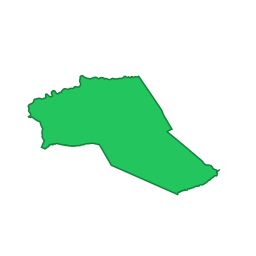 Guija, Gaza, Mozambique (Equal Earth projection), rotated 113°
{"feature_id": "85939544B1211152631593", "entity_name": "Guija", "entity_type": "district", "adm_level": 2, "iso_a3": "MOZ", "parent_name": "Mozambique", "parent_adm1": "Gaza", "projection": "equal_earth", "projection_center": [33.226, -24.142], "detail": "fine", "context": "isolated", "style": "filled", "palette": "green", "viewbox_px": 256, "rotation_deg": 113, "n_neighbors": 0, "source": "geoboundaries", "source_scale": "gbopen_adm2", "svg_char_len": 5732}
<svg xmlns="http://www.w3.org/2000/svg" viewBox="0 0 256 256"><g transform="rotate(113 128 128)"><path d="M169.8,56.4L169.2,56.3L168.8,56.6L168.5,56.5L168.0,56.5L167.7,56.7L167.3,56.5L167.4,56.2L167.3,55.9L167.1,55.6L166.8,55.2L166.3,55.3L165.4,54.5L165.3,54.0L165.0,53.8L164.7,53.8L164.5,53.5L164.2,53.5L164.0,52.9L163.9,52.8L163.9,52.3L163.7,52.3L163.5,52.1L163.4,52.0L163.3,51.6L163.0,51.6L162.8,51.3L162.6,51.3L162.7,50.6L162.4,50.2L162.2,49.5L162.0,49.4L161.9,49.2L161.7,49.1L161.1,49.3L160.7,49.2L160.3,48.6L160.0,47.6L159.5,47.2L159.2,46.6L158.0,45.7L157.6,44.7L156.1,43.8L155.0,42.3L154.7,42.3L154.5,42.1L154.4,41.2L153.9,40.2L153.6,39.9L152.7,39.8L152.2,39.4L151.7,38.6L151.4,38.0L151.4,37.6L151.1,37.1L149.8,36.1L148.7,35.5L148.4,35.3L148.1,34.8L147.9,34.6L147.1,34.3L146.2,33.8L145.4,33.6L144.9,33.6L144.6,33.5L144.5,33.1L144.1,32.4L143.3,32.2L142.9,31.9L142.0,31.8L141.2,31.2L140.7,31.0L140.0,30.2L139.2,30.0L138.3,29.6L137.8,29.0L137.7,28.7L137.7,28.1L137.5,27.8L136.7,27.6L136.4,27.7L136.2,27.8L135.7,27.9L135.4,28.0L135.0,28.0L134.3,28.4L134.2,28.6L134.2,29.0L133.8,29.3L133.5,29.2L132.4,28.7L132.1,28.0L131.8,27.8L131.4,27.8L132.8,29.2L132.2,30.3L132.1,30.8L132.2,31.7L132.3,32.4L132.3,33.1L132.2,33.6L131.7,34.3L131.0,35.1L130.5,36.3L130.3,36.9L130.3,37.9L130.5,38.9L130.7,39.5L131.4,41.0L131.4,42.7L131.4,43.1L130.7,44.9L130.4,45.4L129.9,45.9L129.6,46.4L121.7,71.8L116.2,90.3L116.1,90.5L115.6,90.1L114.4,89.5L113.7,88.9L112.6,87.7L112.2,87.5L111.9,87.1L102.3,100.2L98.4,104.1L86.6,122.2L76.3,138.3L76.8,138.5L77.1,138.7L77.3,139.2L77.6,140.1L77.7,140.8L78.0,141.5L78.5,142.1L79.4,142.7L79.6,143.1L79.6,143.4L79.3,143.8L79.2,144.1L79.1,144.4L79.2,144.7L79.7,145.1L79.9,145.2L80.6,145.2L80.9,145.4L81.1,145.8L81.1,146.3L80.7,147.1L80.7,147.5L81.8,148.3L82.0,148.8L82.0,149.3L81.6,149.9L81.5,150.5L81.7,150.9L82.1,151.6L82.6,151.8L83.3,151.8L83.8,152.1L85.1,153.7L85.8,155.6L87.0,157.0L87.3,157.7L87.7,158.6L87.9,159.5L88.3,160.5L88.3,161.3L88.5,162.0L89.6,162.7L90.3,163.2L90.6,163.6L90.7,163.8L90.8,164.2L91.0,165.9L90.9,167.4L91.2,167.9L92.0,168.9L91.9,169.2L91.6,169.6L91.6,169.9L91.5,170.9L91.8,171.8L92.2,172.6L92.7,173.3L93.9,173.8L94.1,174.5L94.1,175.0L93.8,176.0L93.8,176.7L93.9,177.3L94.2,178.1L94.4,178.6L94.8,179.1L95.2,179.3L96.0,180.4L96.6,181.0L97.4,181.9L97.7,182.7L97.9,183.3L97.9,183.8L98.1,184.5L98.3,186.0L98.2,187.7L97.7,190.0L97.8,190.9L98.0,191.2L98.2,191.4L98.7,191.8L99.2,192.0L99.7,192.0L100.1,191.9L100.8,191.3L101.9,191.3L103.2,191.0L104.2,190.5L104.5,190.2L105.1,189.4L105.5,189.1L106.5,188.6L107.1,188.7L107.9,188.5L108.8,188.9L109.5,189.3L109.7,189.5L110.0,190.3L110.3,191.4L110.3,192.1L110.4,192.5L111.0,193.2L111.4,193.4L112.3,193.7L112.8,193.8L113.0,194.1L113.4,194.7L114.1,196.7L115.1,197.6L115.5,197.7L115.7,197.8L115.9,198.1L116.3,200.6L116.5,201.5L117.0,202.1L117.4,202.6L117.7,202.7L118.6,202.9L119.1,203.2L120.0,203.5L120.3,203.5L121.0,203.3L121.3,203.4L121.4,203.6L121.8,204.6L122.1,204.9L122.7,205.1L122.9,205.3L123.5,205.4L123.8,205.5L124.0,205.8L124.1,207.0L124.1,207.3L123.7,208.2L123.3,208.7L123.0,209.1L122.6,209.8L122.5,210.2L122.6,210.8L123.0,211.6L123.6,211.9L124.1,211.8L124.4,212.0L124.6,212.4L124.8,212.5L125.3,212.2L125.6,212.0L126.4,211.8L126.4,211.6L126.7,211.5L127.2,210.7L127.7,210.3L128.3,210.1L128.6,210.3L129.4,211.4L129.6,212.4L129.5,213.1L129.1,214.3L128.7,215.0L128.6,215.7L128.6,216.2L128.8,216.7L129.0,216.8L129.3,216.8L129.7,216.7L131.3,215.8L131.9,215.5L132.1,215.5L132.3,215.9L133.1,216.3L133.7,217.1L134.3,217.5L134.7,218.0L134.9,218.5L135.0,218.9L135.1,220.9L135.5,221.7L136.4,222.9L136.6,223.3L137.2,223.6L137.7,224.8L138.0,225.2L138.6,225.5L140.2,225.2L141.7,225.4L142.1,225.5L143.0,226.0L143.2,226.4L143.8,226.9L144.5,227.6L145.2,228.1L146.8,228.4L147.1,228.3L147.9,227.4L148.3,227.2L148.8,226.7L149.9,226.4L150.6,226.4L151.1,226.1L152.3,224.5L152.4,224.1L152.6,223.7L153.5,222.8L154.1,222.7L154.7,222.8L155.5,223.2L156.4,223.9L156.5,223.7L156.8,223.4L156.2,221.6L155.5,221.3L155.5,220.4L155.9,218.2L156.2,217.1L156.5,216.6L156.4,216.2L156.8,213.6L156.6,212.4L156.9,211.4L157.2,210.9L157.8,210.4L158.2,210.3L158.7,209.6L159.3,209.4L160.1,208.3L160.9,207.6L162.0,206.1L162.9,206.1L165.9,205.4L166.4,205.2L167.0,204.6L168.7,203.8L169.3,203.7L169.9,203.5L170.1,203.3L170.3,202.9L170.7,202.5L171.7,201.2L172.4,200.1L179.6,200.1L179.6,199.6L179.7,198.7L179.6,197.6L179.7,196.8L179.7,196.4L179.4,196.0L179.1,195.7L178.4,195.3L177.3,194.9L176.4,194.0L175.3,193.8L174.2,193.7L174.0,193.4L173.6,192.5L173.5,192.4L173.1,192.4L172.9,192.1L172.8,191.9L172.5,191.7L172.9,191.0L172.8,190.5L172.5,190.4L172.1,190.4L171.8,190.3L171.3,189.4L171.3,188.8L171.1,188.7L170.8,188.4L170.5,188.3L170.1,187.7L169.9,187.2L170.1,186.5L169.9,186.3L169.7,185.2L169.5,184.1L169.6,183.8L169.5,183.4L169.3,183.1L169.3,182.8L169.3,182.7L169.1,182.2L169.0,181.3L168.8,180.7L168.7,179.9L168.4,179.5L168.5,179.5L168.4,178.9L168.3,178.5L168.2,178.4L168.3,178.3L168.1,177.9L168.1,177.7L167.9,177.5L167.9,177.2L167.8,176.9L167.6,176.9L167.5,176.7L167.5,176.3L167.6,176.1L167.6,175.2L167.2,174.8L167.0,174.3L166.9,173.8L166.7,173.2L166.8,173.1L166.7,172.8L166.7,172.6L166.4,172.2L166.2,171.5L166.1,171.4L166.1,171.2L165.8,171.0L165.7,170.7L165.5,169.9L165.2,169.7L165.1,169.2L164.7,168.9L164.6,168.5L164.3,168.1L163.8,167.5L163.7,166.6L163.2,166.1L163.0,165.3L161.7,164.2L161.1,163.3L161.0,162.6L160.6,162.1L160.4,161.9L160.1,161.8L159.8,161.5L159.3,161.0L159.0,160.4L158.7,160.1L158.5,159.5L157.9,158.5L157.8,157.9L157.5,157.6L156.9,156.5L156.4,155.7L156.3,155.3L156.1,155.1L155.5,153.3L155.4,152.1L155.2,151.8L155.3,151.5L155.2,151.0L155.0,150.8L154.9,150.6L154.9,149.8L154.7,148.5L154.4,147.9L168.8,128.8L169.8,56.4Z" fill="#22c55e" stroke="#15803d" stroke-width="1.5"/></g></svg>